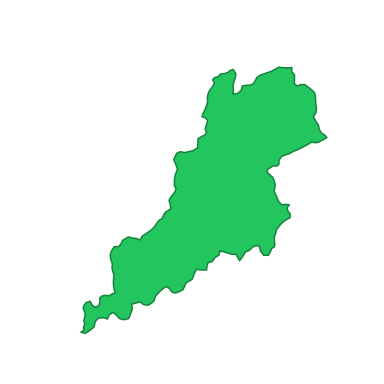 the district of Materlândia, Minas Gerais, Brazil, rotated 164°
{"feature_id": "56859067B41268860944620", "entity_name": "Materlândia", "entity_type": "district", "adm_level": 2, "iso_a3": "BRA", "parent_name": "Brazil", "parent_adm1": "Minas Gerais", "projection": "mercator", "projection_center": [-43.034, -18.467], "detail": "fine", "context": "isolated", "style": "filled", "palette": "green", "viewbox_px": 384, "rotation_deg": 164, "n_neighbors": 0, "source": "geoboundaries", "source_scale": "gbopen_adm2", "svg_char_len": 3226}
<svg xmlns="http://www.w3.org/2000/svg" viewBox="0 0 384 384"><g transform="rotate(164 192 192)"><path d="M337.2,87.8L333.7,85.6L330.1,86.5L327.1,87.6L323.3,89.3L320.7,94.1L316.7,96.5L311.6,95.6L308.3,93.2L305.7,96.5L301.2,98.1L298.8,94.9L296.8,90.6L294.1,88.6L291.2,87.8L287.9,87.8L285.9,89.9L284.2,92.4L281.6,96.0L280.9,100.7L276.2,100.7L272.2,100.7L269.7,97.2L265.7,95.3L261.8,96.1L258.3,98.1L255.9,101.8L252.8,103.8L249.5,105.7L245.9,107.3L242.7,108.2L240.3,105.4L239.0,101.5L236.2,99.5L231.9,99.7L227.8,100.5L225.3,103.1L223.0,106.1L219.9,107.0L216.0,108.0L213.4,111.4L211.3,114.1L208.9,116.5L205.1,114.6L199.5,113.0L197.8,117.1L195.9,119.6L191.8,119.6L187.8,122.6L183.4,124.0L181.5,127.5L178.6,126.2L175.2,123.8L170.9,121.2L166.6,119.9L166.1,116.3L165.1,113.0L162.2,115.1L159.5,117.4L157.1,119.8L153.3,119.9L148.9,122.3L145.0,123.0L142.1,120.7L142.5,116.3L140.6,111.5L136.1,110.1L133.4,112.6L131.2,115.6L127.7,116.8L126.5,120.1L126.0,123.2L125.1,126.6L123.1,128.8L121.1,132.5L116.8,135.8L113.1,137.9L109.3,139.3L104.8,140.3L103.7,143.7L105.1,147.5L105.0,150.5L102.1,152.8L104.7,154.1L109.0,154.9L111.0,157.9L111.5,160.8L112.1,165.5L112.8,169.8L111.3,173.0L110.1,175.8L109.8,179.5L110.3,183.9L112.7,187.5L114.2,190.1L112.8,193.2L109.5,193.9L106.9,194.8L103.6,193.6L100.9,194.4L99.8,198.1L96.5,201.4L91.9,201.9L87.7,202.0L83.5,203.1L79.2,203.5L76.1,204.0L71.9,204.8L67.3,205.9L63.6,206.9L60.0,205.5L57.1,204.8L54.3,205.6L50.5,206.3L47.4,207.2L48.7,210.2L51.2,212.9L52.5,217.2L52.0,220.9L52.8,223.9L53.8,227.3L54.5,231.4L51.4,233.5L49.6,236.8L49.0,241.1L47.8,246.7L46.8,250.6L46.9,253.8L48.7,257.0L51.3,260.6L54.1,264.3L58.4,265.3L61.6,264.8L63.7,267.9L62.4,272.0L61.2,276.2L63.0,280.3L61.8,284.1L67.6,285.5L70.9,286.7L74.1,288.0L78.1,287.1L82.3,286.2L87.4,285.9L90.6,285.7L94.0,285.5L98.1,284.2L101.3,280.8L103.6,279.0L106.6,278.7L110.3,279.6L114.4,280.1L116.6,276.2L119.3,274.9L122.0,273.9L125.6,275.4L124.0,278.4L123.7,281.6L121.9,285.5L119.2,289.3L117.2,293.6L118.6,298.4L121.5,298.4L124.5,297.1L128.3,296.8L131.9,297.6L135.1,295.6L138.6,295.7L141.2,294.2L140.4,290.6L142.4,288.3L145.6,286.0L148.0,283.8L149.8,281.5L151.3,278.2L152.0,275.1L153.7,271.7L156.0,268.7L158.0,266.1L160.1,264.0L161.6,261.5L158.2,259.2L157.4,255.9L159.8,252.4L162.1,248.4L161.6,244.9L164.1,243.3L167.6,242.6L171.5,241.6L172.8,237.6L174.5,233.0L179.4,231.5L185.1,231.7L188.5,232.0L192.2,234.0L196.1,233.4L198.1,231.1L200.6,228.1L200.0,222.7L199.6,218.2L201.3,215.9L203.7,212.5L205.9,207.6L207.2,202.9L206.4,199.5L208.4,196.9L211.1,194.9L214.2,192.5L216.3,190.4L216.3,186.7L217.1,181.5L220.3,180.7L223.4,179.7L225.6,177.7L228.1,174.6L231.5,173.8L234.4,171.7L237.5,169.1L241.5,166.7L246.9,164.9L251.7,163.4L255.3,160.3L258.6,162.8L262.1,164.3L265.6,166.4L268.9,165.5L271.8,164.7L274.7,161.6L277.4,159.8L281.9,160.8L285.6,157.5L287.9,154.2L288.7,150.2L288.4,144.8L289.8,141.1L290.0,138.1L289.8,133.7L291.9,128.8L293.1,124.3L293.5,120.5L293.8,116.3L297.2,116.0L300.3,115.1L304.3,116.7L307.4,116.8L310.1,115.3L310.7,111.6L313.7,107.8L317.6,108.5L319.5,111.6L319.9,114.9L323.9,115.0L326.9,113.0L328.7,110.2L328.1,104.7L329.5,101.4L331.5,98.1L331.5,94.6L333.4,92.2L334.1,89.1L337.2,87.8Z" fill="#22c55e" stroke="#15803d" stroke-width="1.5"/></g></svg>